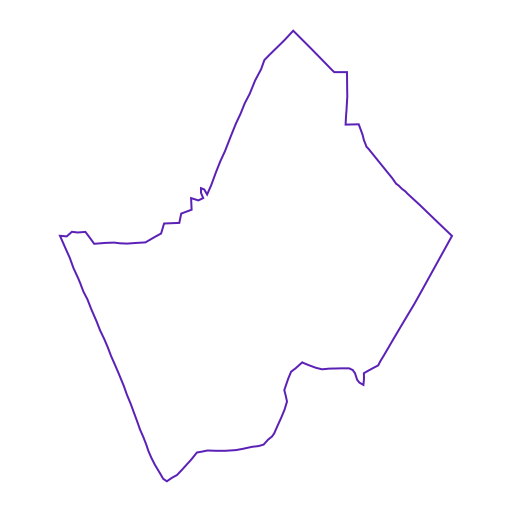 the district of Heet, Al-Anbar, Iraq
{"feature_id": "34846034B36962706181157", "entity_name": "Heet", "entity_type": "district", "adm_level": 2, "iso_a3": "IRQ", "parent_name": "Iraq", "parent_adm1": "Al-Anbar", "projection": "albers", "projection_center": [42.654, 33.814], "detail": "fine", "context": "isolated", "style": "outline", "palette": "violet", "viewbox_px": 512, "rotation_deg": 0, "n_neighbors": 0, "source": "geoboundaries", "source_scale": "gbopen_adm2", "svg_char_len": 2026}
<svg xmlns="http://www.w3.org/2000/svg" viewBox="0 0 512 512"><path d="M452.0,235.9L443.5,227.8L434.1,218.8L419.6,204.8L407.4,193.6L405.4,191.4L402.0,188.9L398.7,185.6L396.1,183.7L392.2,178.1L386.9,171.6L373.4,154.9L368.3,148.6L366.5,146.8L365.4,143.8L363.9,140.1L362.5,134.5L358.7,124.3L345.6,124.6L346.0,116.6L346.5,110.1L346.9,103.2L347.3,96.5L347.2,91.9L347.0,72.1L334.2,72.1L331.7,69.7L320.2,57.9L311.1,48.6L293.2,30.7L284.9,39.7L277.8,46.7L274.0,50.4L269.3,55.0L264.4,60.0L261.1,69.2L255.1,80.5L249.7,93.8L244.7,103.4L240.6,113.6L235.9,123.6L230.7,136.5L225.0,151.1L220.3,161.3L216.2,171.6L211.2,185.2L209.0,190.2L207.1,194.5L204.3,189.5L201.0,188.2L201.0,192.8L203.2,198.1L198.3,200.4L191.1,198.1L191.6,209.7L181.2,213.6L179.3,222.9L164.1,223.5L161.1,233.5L154.5,237.1L145.4,242.4L135.2,243.0L127.2,243.6L120.0,243.3L114.3,242.6L105.5,242.9L94.2,243.8L89.2,236.9L85.4,231.9L77.7,232.5L71.9,231.8L66.7,236.4L60.0,235.8L64.9,247.0L69.8,257.9L73.4,267.9L78.1,278.1L80.6,284.1L80.7,284.5L83.4,291.6L87.5,299.5L91.4,309.5L96.5,321.2L100.0,330.2L104.5,339.6L107.8,347.4L111.1,356.1L114.6,364.0L118.4,372.8L119.3,375.0L123.8,385.9L126.9,394.7L130.6,403.6L134.1,413.1L137.2,421.5L140.0,429.5L143.3,437.0L146.2,444.4L148.3,450.7L151.4,457.9L154.9,464.8L159.0,471.6L163.2,478.8L166.9,481.3L167.3,481.0L171.9,477.8L176.9,475.1L181.7,470.1L187.3,463.9L191.3,459.5L196.9,452.5L201.0,451.8L207.5,450.5L216.0,450.8L225.1,450.8L235.9,450.1L243.0,448.8L252.1,446.8L258.4,446.1L263.6,444.6L268.1,439.6L271.9,436.6L274.2,433.4L277.7,425.4L281.0,418.2L284.5,409.8L287.0,401.6L285.9,396.4L284.3,390.1L286.3,384.2L288.4,378.2L291.1,371.7L295.6,368.3L302.2,362.4L302.3,362.5L308.6,365.1L315.9,367.8L322.1,369.3L329.5,368.6L335.7,368.5L342.4,368.3L349.0,368.3L352.7,370.0L355.0,373.2L357.1,379.7L359.4,382.6L363.4,384.9L364.0,378.9L363.9,373.2L367.0,371.4L372.8,368.2L378.2,365.4L380.5,360.9L383.4,356.2L388.1,348.2L393.5,338.9L400.6,326.9L407.7,315.0L414.3,304.0L420.8,292.4L452.0,235.9Z" fill="none" stroke="#5b21b6" stroke-width="2"/></svg>